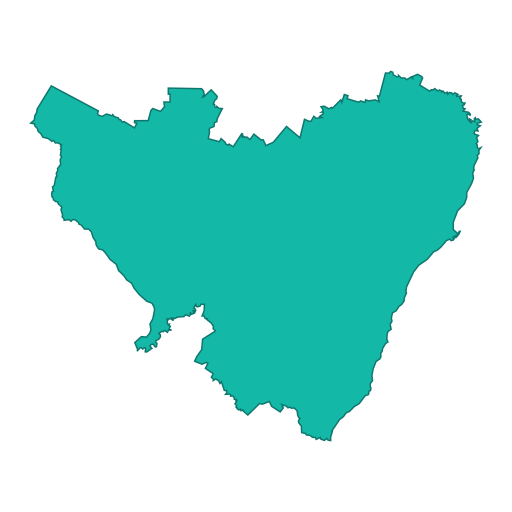 Masterton District, Wellington, New Zealand
{"feature_id": "76426892B14950908560920", "entity_name": "Masterton District", "entity_type": "district", "adm_level": 2, "iso_a3": "NZL", "parent_name": "New Zealand", "parent_adm1": "Wellington", "projection": "equal_earth", "projection_center": [175.891, -40.935], "detail": "fine", "context": "isolated", "style": "filled", "palette": "teal", "viewbox_px": 512, "rotation_deg": 0, "n_neighbors": 0, "source": "geoboundaries", "source_scale": "gbopen_adm2", "svg_char_len": 6007}
<svg xmlns="http://www.w3.org/2000/svg" viewBox="0 0 512 512"><path d="M480.7,147.7L478.6,148.8L477.2,147.6L477.2,144.9L476.2,143.7L477.9,141.5L476.6,137.6L478.5,135.5L474.7,134.1L474.0,133.0L475.2,130.4L478.0,131.0L477.0,128.3L480.3,125.7L477.3,124.8L477.1,123.4L481.3,122.1L478.4,118.9L475.7,119.2L475.3,117.7L474.3,118.8L474.7,121.7L472.5,120.9L471.0,122.7L470.1,121.7L471.1,119.9L469.5,118.9L469.7,121.0L467.8,119.5L466.7,114.6L467.8,114.0L470.0,115.2L470.4,114.2L468.6,112.3L463.0,111.1L465.0,108.8L463.3,108.4L462.4,105.5L464.2,104.8L465.0,103.0L463.1,103.0L461.2,101.5L461.3,99.3L459.8,98.3L461.2,95.9L456.7,96.4L456.4,95.4L457.9,94.4L454.9,92.8L453.1,94.5L451.8,92.9L449.3,92.5L447.8,94.2L447.2,92.2L444.9,93.3L443.1,91.1L441.7,91.9L441.5,90.9L439.3,90.0L437.8,91.0L434.8,88.6L433.1,89.9L431.2,89.7L429.6,91.2L419.7,85.0L422.6,78.0L421.8,76.6L417.6,74.3L412.3,76.6L412.6,78.3L411.3,76.9L406.7,79.7L405.0,78.1L401.1,77.9L398.7,75.6L398.9,76.6L396.3,76.6L393.3,74.8L392.8,72.3L390.7,71.4L388.9,73.2L385.5,73.0L379.4,96.3L377.6,95.8L379.2,101.7L375.3,99.9L368.4,100.9L365.7,99.8L365.0,102.4L360.6,100.9L358.6,102.2L347.1,98.7L348.0,95.7L344.3,94.5L341.8,102.5L340.8,99.8L332.5,108.2L331.5,107.4L329.0,108.8L324.1,106.2L321.0,106.7L323.0,109.6L322.9,111.4L321.7,112.1L323.0,112.1L323.4,113.6L319.6,116.5L321.8,117.6L316.2,118.3L313.8,116.3L311.1,121.1L309.0,121.3L304.5,119.3L300.0,137.8L286.5,126.5L273.3,142.3L265.9,145.6L263.2,139.8L261.1,139.9L253.9,134.1L250.0,139.5L246.8,137.0L244.9,137.3L243.6,136.2L242.5,137.3L241.9,136.8L242.6,134.0L241.8,133.6L233.2,146.8L229.1,144.1L228.1,145.0L225.9,144.1L225.1,142.2L221.1,138.6L219.5,141.7L208.3,138.7L209.5,132.4L209.2,129.4L209.9,128.1L214.0,126.5L214.4,122.6L216.8,121.7L217.3,118.5L222.3,108.6L219.0,108.4L216.9,106.5L216.8,107.3L215.5,107.4L214.6,106.3L214.6,104.5L213.2,104.0L214.8,100.4L216.7,98.6L217.2,96.3L211.2,89.8L203.8,96.8L202.6,97.1L204.2,94.6L203.5,90.9L201.6,88.7L168.3,88.1L168.3,94.1L170.1,94.1L170.0,102.1L163.9,102.0L164.5,106.7L160.5,111.4L152.7,108.5L150.9,110.5L148.2,120.6L134.6,120.7L134.5,122.7L136.9,123.3L134.5,127.9L124.2,121.6L122.4,122.2L120.5,119.8L119.1,119.5L118.3,117.9L114.4,116.7L112.7,114.7L112.2,115.8L106.6,114.0L102.2,116.4L98.4,115.2L97.5,113.6L98.3,110.9L51.3,85.9L37.1,109.1L36.6,112.5L34.9,115.6L34.2,120.2L30.7,123.1L34.6,124.0L34.9,125.9L37.4,128.6L38.3,131.6L40.6,133.4L42.9,137.2L48.4,138.6L51.8,141.3L53.6,140.5L55.4,143.0L57.7,142.8L61.5,144.8L60.5,146.1L61.5,147.9L60.4,149.3L61.2,150.2L60.4,155.4L61.6,156.5L60.1,160.0L60.7,164.3L57.5,168.7L57.8,170.5L56.3,173.2L56.8,176.3L55.8,177.3L54.3,185.3L52.5,187.0L53.4,191.2L52.2,191.6L51.7,193.4L51.9,196.6L53.1,197.8L53.5,199.9L55.8,201.6L57.8,201.8L58.2,203.8L61.8,207.0L61.0,209.6L62.6,214.9L62.2,216.8L64.1,218.9L64.1,220.3L69.1,219.6L71.0,221.3L72.6,219.7L74.8,219.6L78.6,222.6L79.0,224.2L81.1,224.8L84.5,229.0L88.9,229.2L91.5,232.1L93.1,237.5L95.8,241.6L96.2,245.1L98.6,248.9L102.6,249.9L105.3,252.7L110.2,259.6L116.3,264.3L118.6,270.6L123.9,275.7L126.6,279.8L131.7,283.3L134.0,288.0L139.0,294.3L146.7,301.2L152.0,303.2L154.3,307.5L154.5,310.4L152.8,318.8L150.0,324.0L150.9,329.9L149.6,333.4L146.5,337.1L141.4,336.6L134.8,342.6L137.6,349.4L137.2,351.2L139.9,348.0L141.2,347.6L142.8,349.0L144.6,347.6L145.7,348.2L145.2,351.8L146.8,352.0L151.9,348.3L149.7,346.0L151.4,344.4L153.2,344.2L155.2,346.9L156.4,346.7L157.0,343.5L155.6,342.2L155.9,340.7L158.8,339.2L160.4,336.9L160.2,334.4L158.8,333.7L159.2,332.9L162.0,331.4L163.4,331.7L164.5,330.4L167.4,332.3L168.5,330.1L171.6,330.1L169.0,329.4L170.3,326.2L168.8,325.5L169.3,324.1L168.1,324.5L167.5,323.6L167.1,319.0L168.4,319.7L169.7,318.3L172.9,320.2L173.3,319.9L172.3,318.0L174.7,318.5L177.9,317.0L183.9,316.6L185.8,314.7L189.3,316.2L190.2,314.7L190.3,312.1L191.1,314.5L194.6,313.0L195.0,312.0L193.5,312.0L193.1,310.8L195.6,310.5L195.5,309.2L193.7,308.1L195.7,304.5L196.4,306.5L197.4,306.8L200.0,306.2L200.9,304.2L204.4,304.4L204.1,310.9L202.1,316.0L203.9,315.8L205.0,318.2L206.9,318.6L206.3,319.1L211.2,323.0L213.4,326.3L213.2,328.8L215.1,330.4L215.0,331.3L202.6,339.2L201.7,349.6L197.1,356.1L194.6,361.2L202.0,364.2L206.3,362.4L207.9,363.2L205.4,368.4L212.7,373.3L213.1,374.1L211.3,377.2L213.4,379.3L213.3,380.5L215.6,379.0L218.5,380.5L220.0,383.5L221.5,381.8L224.3,390.4L226.6,390.6L226.7,393.0L225.6,394.3L229.7,394.1L230.7,394.9L230.5,396.1L233.0,396.0L234.4,398.1L234.3,399.3L236.4,399.5L236.9,400.6L235.9,401.0L236.3,402.0L235.0,403.8L236.6,405.3L236.0,407.1L237.1,407.6L236.9,408.5L239.0,410.0L240.4,409.1L241.0,410.7L243.0,409.8L243.2,411.0L247.8,415.0L259.5,403.6L262.4,404.2L269.4,401.5L271.6,406.3L280.2,411.9L283.3,407.9L282.2,406.7L283.1,405.8L282.1,404.7L286.4,406.1L287.9,407.8L290.1,407.2L291.3,408.2L294.1,408.0L297.0,410.5L297.8,415.5L298.7,417.6L300.0,418.2L298.4,420.9L299.0,423.2L301.3,425.8L301.7,432.6L305.5,433.5L306.4,435.0L309.9,435.3L312.6,437.4L315.3,437.4L316.2,439.4L320.4,437.4L320.8,439.1L324.4,440.4L326.7,438.5L328.1,440.2L330.7,440.6L330.6,437.3L332.4,431.2L331.9,430.9L339.7,419.4L343.4,416.7L346.1,412.9L349.5,411.4L354.2,406.6L359.3,403.5L365.1,395.8L368.5,394.5L369.1,391.0L370.4,390.6L371.0,388.1L370.1,386.2L370.3,383.6L372.5,380.6L371.9,375.5L373.2,368.6L376.1,361.4L379.7,359.0L380.9,357.0L380.7,353.4L382.2,351.3L382.6,348.4L385.6,343.4L387.9,342.1L386.8,338.9L387.2,333.7L388.1,331.4L391.1,329.3L390.2,324.3L392.0,321.2L391.3,318.3L392.4,313.0L396.2,310.7L398.9,306.5L401.7,304.4L404.0,301.2L404.4,297.7L406.5,292.9L405.9,291.9L406.5,287.0L413.5,272.1L418.7,265.3L427.6,259.0L433.6,251.8L437.2,250.2L440.8,247.2L446.4,240.6L449.7,239.1L451.1,240.6L453.2,240.1L454.2,238.7L453.1,237.8L453.6,236.7L458.0,234.8L455.4,237.5L456.1,237.4L458.7,234.4L460.1,231.3L459.2,231.4L458.3,233.4L457.3,233.2L453.3,229.6L453.3,222.1L457.6,210.8L464.4,203.8L466.7,197.5L466.7,192.5L471.6,183.6L473.5,178.1L472.7,172.9L474.3,169.8L473.6,169.0L474.1,165.5L477.9,157.7L477.2,155.4L479.0,153.8L478.9,150.5L480.7,147.7Z" fill="#14b8a6" stroke="#0f766e" stroke-width="1.5"/></svg>